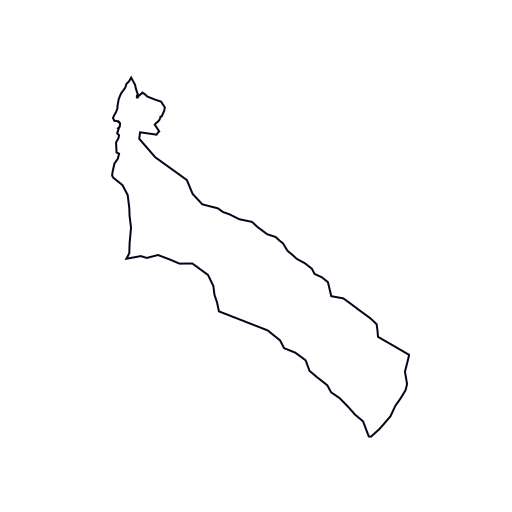 the district of Adavi, Kogi, Nigeria, rotated 77°
{"feature_id": "59680162B7261312330016", "entity_name": "Adavi", "entity_type": "district", "adm_level": 2, "iso_a3": "NGA", "parent_name": "Nigeria", "parent_adm1": "Kogi", "projection": "albers", "projection_center": [6.354, 7.693], "detail": "fine", "context": "isolated", "style": "outline", "palette": "ink", "viewbox_px": 512, "rotation_deg": 77, "n_neighbors": 0, "source": "geoboundaries", "source_scale": "gbopen_adm2", "svg_char_len": 2087}
<svg xmlns="http://www.w3.org/2000/svg" viewBox="0 0 512 512"><g transform="rotate(77 256 256)"><path d="M145.3,378.1L147.6,377.5L156.8,370.2L167.8,367.3L181.0,368.7L188.0,370.1L200.3,371.4L214.2,376.0L224.9,378.9L229.5,382.9L230.2,368.2L233.3,362.9L233.0,351.3L240.0,340.8L246.2,332.3L249.0,319.7L263.7,307.0L275.7,304.3L284.4,305.2L292.4,304.4L301.6,304.6L331.2,261.3L343.7,251.5L352.1,249.4L359.0,239.5L368.8,231.1L379.9,229.7L387.6,224.0L398.0,215.6L405.7,213.5L413.3,206.5L423.8,200.1L432.8,195.2L441.2,188.9L457.2,186.7L457.9,184.6L452.2,174.4L442.5,161.1L433.4,154.0L427.1,147.0L420.3,140.4L414.7,137.6L402.2,136.9L397.8,134.6L392.0,131.6L388.4,129.8L386.7,129.1L362.2,155.3L355.8,154.4L349.6,153.8L342.3,158.7L332.0,167.6L321.7,176.3L316.9,180.5L312.1,191.7L297.7,191.8L291.5,196.7L286.6,203.0L281.0,204.4L274.1,210.0L267.8,217.1L263.6,219.9L258.1,224.1L249.7,226.9L246.2,229.7L242.0,232.5L237.2,240.3L228.1,248.0L221.9,252.2L216.3,264.2L209.3,272.6L205.8,278.2L201.0,282.4L193.6,296.7L181.2,303.8L166.4,306.3L137.1,332.0L115.5,343.4L109.4,341.1L115.4,325.6L114.0,324.2L112.8,322.3L105.2,325.1L104.0,323.5L103.2,321.6L101.9,319.8L100.2,318.4L98.7,317.7L98.8,316.5L93.9,312.8L90.6,311.4L84.2,313.8L81.1,318.9L76.2,326.0L73.1,328.1L71.2,330.0L72.1,330.8L72.2,331.6L74.0,334.9L75.0,335.6L74.7,336.4L73.3,336.1L71.8,334.8L69.2,335.1L65.5,335.4L62.1,335.3L54.1,337.5L56.0,339.3L56.5,339.6L58.1,341.7L59.1,343.5L60.7,344.4L61.4,344.8L62.5,345.5L63.2,346.2L63.7,346.9L64.4,347.7L65.0,348.2L65.6,349.1L66.5,350.1L67.2,350.8L68.4,351.8L72.3,354.5L76.3,356.2L78.4,357.1L81.0,357.8L84.4,360.1L87.2,362.7L87.8,363.1L89.0,364.1L89.6,364.3L90.6,364.0L91.5,363.8L92.4,363.6L92.6,363.3L92.8,362.2L93.0,361.7L93.2,361.3L93.7,360.4L94.4,360.0L94.1,359.6L95.7,358.7L97.0,358.8L98.3,359.3L99.4,359.7L100.5,361.6L101.0,361.1L101.7,361.5L102.5,362.1L103.4,362.4L103.9,362.8L104.2,363.2L104.6,363.3L104.9,363.5L105.1,363.7L106.6,362.8L107.5,362.3L110.1,363.4L113.9,366.8L123.7,368.6L125.5,366.4L130.1,368.7L134.0,373.1L142.6,377.2L145.3,378.1Z" fill="none" stroke="#020617" stroke-width="2"/></g></svg>